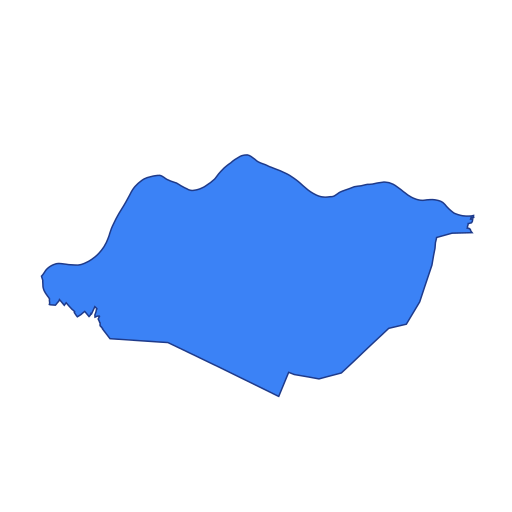 the district of Land van Cuijk, Noord-Brabant, Netherlands, rotated 306°
{"feature_id": "6326949B56936528103985", "entity_name": "Land van Cuijk", "entity_type": "district", "adm_level": 2, "iso_a3": "NLD", "parent_name": "Netherlands", "parent_adm1": "Noord-Brabant", "projection": "orthographic", "projection_center": [5.851, 51.664], "detail": "fine", "context": "isolated", "style": "filled", "palette": "blue", "viewbox_px": 512, "rotation_deg": 306, "n_neighbors": 0, "source": "geoboundaries", "source_scale": "gbopen_adm2", "svg_char_len": 5785}
<svg xmlns="http://www.w3.org/2000/svg" viewBox="0 0 512 512"><g transform="rotate(306 256 256)"><path d="M132.3,98.9L129.7,97.1L128.4,96.4L127.1,95.8L125.8,95.3L124.5,94.9L123.2,94.6L121.9,94.4L120.6,94.3L119.3,94.4L116.7,94.5L115.4,94.5L114.1,94.4L113.6,94.3L110.9,97.9L109.8,98.6L109.0,99.3L108.0,100.1L106.1,101.6L105.3,102.4L104.5,103.4L103.8,104.4L103.4,105.0L103.0,105.9L102.6,106.7L102.3,107.4L101.7,109.0L101.3,110.3L101.0,111.0L100.9,111.5L100.5,112.8L100.0,113.9L100.0,114.1L98.7,114.9L97.7,115.8L96.6,116.8L95.3,117.3L95.5,118.0L96.5,119.7L98.3,122.6L99.2,122.7L101.8,122.8L102.3,122.9L102.6,122.9L103.2,123.0L103.5,123.0L104.1,122.9L104.9,122.7L105.2,122.6L104.7,124.9L103.9,127.9L103.4,129.9L106.6,129.9L105.8,133.2L104.7,138.6L104.8,138.8L104.4,142.0L103.4,142.3L103.2,143.1L103.0,143.5L102.2,145.7L102.0,146.5L101.8,147.2L102.7,147.6L105.7,148.8L107.9,149.3L110.5,150.0L108.9,156.5L110.1,156.7L110.6,156.7L110.9,156.7L111.2,156.6L112.1,156.4L112.0,156.6L112.1,156.9L112.3,157.0L120.3,155.4L119.9,158.2L119.8,158.3L119.6,158.0L116.9,159.3L113.6,160.3L111.9,161.7L112.2,161.9L114.0,162.9L114.1,163.0L115.2,164.4L115.3,164.5L115.2,164.7L115.2,164.8L114.9,164.9L114.8,165.0L114.4,165.0L114.2,165.0L113.0,165.2L112.7,165.3L112.4,165.3L112.0,165.7L111.8,166.1L111.8,166.3L111.7,166.4L111.5,166.9L111.4,167.0L111.1,167.4L111.1,167.6L110.9,167.9L110.8,168.0L110.4,168.5L110.3,168.8L110.3,169.0L110.2,169.3L109.7,169.6L109.4,169.8L109.2,169.9L109.1,170.1L108.6,170.4L108.4,170.4L108.3,170.5L108.2,170.8L107.9,171.2L107.8,171.3L107.9,171.6L107.9,171.8L107.8,172.0L107.8,172.3L107.7,172.4L107.6,172.5L107.7,172.8L107.5,173.0L107.4,173.5L107.2,174.3L107.2,174.5L106.8,174.6L103.3,186.5L129.5,228.2L134.2,235.6L135.0,239.9L141.2,274.0L143.3,285.6L144.7,293.1L144.7,293.3L146.0,300.7L155.4,354.9L155.5,355.6L155.8,356.9L181.1,350.8L182.6,356.6L189.0,369.6L193.6,379.2L199.2,383.7L211.3,393.6L211.6,393.8L227.5,396.9L240.8,399.3L247.3,400.5L275.5,405.9L289.2,417.7L315.1,415.4L330.4,410.5L352.0,403.7L360.9,399.3L367.4,396.3L372.3,393.3L376.2,391.7L377.1,391.2L389.7,401.2L401.9,417.1L402.4,415.3L403.1,414.2L403.5,413.8L403.5,413.7L403.4,413.4L403.4,413.2L403.5,413.0L403.6,412.9L403.7,412.6L403.3,412.1L403.3,411.7L402.7,410.5L403.8,410.2L404.3,409.6L405.7,409.3L406.6,408.8L407.0,408.6L407.1,408.8L407.8,409.4L408.3,409.8L409.2,410.5L409.4,410.7L409.5,410.8L410.2,410.8L411.4,410.6L413.3,409.6L412.5,408.7L412.0,408.1L411.9,407.9L413.6,407.4L414.3,408.4L415.2,409.4L415.5,409.0L416.7,408.2L415.0,406.7L413.7,405.1L412.8,403.9L411.9,402.7L410.7,400.7L410.0,399.5L409.5,398.4L409.1,397.5L408.2,395.1L407.4,392.3L407.2,391.5L407.2,391.2L407.1,390.8L407.1,389.7L407.2,387.6L407.4,385.5L407.5,384.5L407.7,383.3L408.1,381.0L408.7,378.7L408.9,377.4L409.1,375.7L409.0,374.6L408.9,373.7L408.7,372.8L408.0,370.7L407.4,369.4L407.1,368.7L406.7,367.9L406.1,366.8L405.3,365.5L405.0,365.1L403.3,362.9L402.7,362.3L402.1,361.5L400.1,359.4L399.1,358.3L397.8,356.3L396.9,354.4L396.2,352.6L395.7,350.8L395.2,348.8L394.9,346.9L394.7,344.5L394.6,343.3L394.6,342.4L394.7,339.7L394.7,338.2L394.7,337.3L394.9,334.1L394.9,332.6L394.9,327.1L394.8,326.5L394.7,325.1L394.6,324.6L394.2,323.0L393.9,321.9L393.6,320.8L393.5,320.5L393.0,319.5L391.7,317.1L391.2,316.3L391.0,316.0L390.2,315.2L387.2,312.1L386.0,310.9L383.5,308.7L382.7,308.0L381.9,307.1L380.6,305.6L380.0,304.8L379.6,304.2L379.0,303.6L378.0,302.7L374.5,299.7L372.5,297.5L370.7,295.7L369.8,294.8L369.5,294.6L365.3,291.9L360.7,288.7L360.0,288.3L359.7,288.0L357.0,286.4L356.7,286.3L355.6,285.8L354.5,285.5L350.7,284.1L350.4,283.9L349.6,283.4L348.8,282.7L348.2,282.0L347.6,281.2L345.5,278.9L345.0,278.3L344.2,277.3L343.8,276.6L342.9,275.1L342.1,273.5L341.7,272.3L341.4,271.6L340.9,269.6L340.7,268.6L340.4,266.5L340.2,265.0L340.1,263.6L340.0,262.3L340.0,260.9L340.0,259.0L340.1,257.7L340.4,253.8L340.5,252.6L340.9,249.0L341.1,246.4L341.2,243.7L341.2,241.1L341.1,238.5L341.0,235.9L340.7,233.3L340.3,231.1L339.7,228.1L339.2,225.5L338.2,221.8L337.8,220.3L336.6,215.6L336.4,215.1L336.3,214.5L336.1,213.9L335.8,212.0L335.4,210.0L334.2,205.9L333.9,204.7L333.5,202.6L333.4,201.5L333.4,200.4L333.6,198.1L333.6,197.4L333.6,194.9L333.6,193.6L333.5,192.6L333.3,191.3L332.8,189.9L332.7,189.6L332.2,189.0L331.6,188.2L330.8,187.3L329.6,186.2L328.6,185.4L327.4,184.7L327.0,184.5L324.4,183.4L321.8,182.3L319.1,181.4L316.9,180.9L316.4,180.8L315.1,180.3L313.6,179.8L311.4,179.2L308.6,178.5L307.9,178.4L303.7,177.8L300.5,177.5L295.1,177.4L293.8,177.3L289.7,176.3L288.5,176.0L287.2,175.5L282.6,173.9L281.4,173.4L280.4,172.9L277.4,171.2L275.9,170.1L274.4,168.9L274.1,168.6L273.1,167.6L271.9,166.4L271.0,165.1L270.4,163.7L269.9,162.1L269.9,161.9L269.8,160.9L269.7,160.3L269.6,159.8L269.3,158.3L269.2,157.8L269.1,156.8L268.7,153.9L268.6,152.0L268.4,149.7L268.3,148.7L268.0,147.9L266.5,143.0L265.6,138.9L265.5,137.3L265.5,135.1L265.3,132.8L265.1,131.9L264.7,130.8L263.5,129.2L262.1,127.7L260.2,125.8L258.5,124.4L258.1,124.0L257.5,123.6L256.2,122.5L255.3,121.8L253.6,120.8L253.0,120.4L251.7,119.8L251.1,119.6L250.4,119.3L246.5,118.2L245.2,117.9L243.9,117.7L242.6,117.5L241.3,117.3L240.0,117.2L238.7,117.2L237.4,117.2L236.1,117.3L234.8,117.4L230.9,118.0L227.0,118.5L223.1,119.0L219.2,119.4L210.1,120.1L207.5,120.4L203.6,120.9L199.7,121.6L195.8,122.3L193.2,122.9L190.6,123.7L188.0,124.5L186.7,125.0L185.4,125.4L182.8,126.1L181.5,126.4L180.2,126.7L178.9,127.0L176.3,127.3L175.0,127.5L173.7,127.6L171.1,127.6L169.8,127.6L167.2,127.4L165.9,127.3L163.3,126.9L162.0,126.6L160.7,126.3L159.4,125.9L158.1,125.5L156.8,125.1L155.5,124.6L154.2,124.1L152.9,123.5L151.6,122.8L150.3,122.1L149.0,121.4L147.7,120.5L146.4,119.6L145.2,118.5L144.1,117.4L142.6,115.3L138.9,109.5L137.6,107.0L135.4,103.0L134.6,101.7L133.7,100.4L132.3,98.9Z" fill="#3b82f6" stroke="#1e3a8a" stroke-width="1.5"/></g></svg>